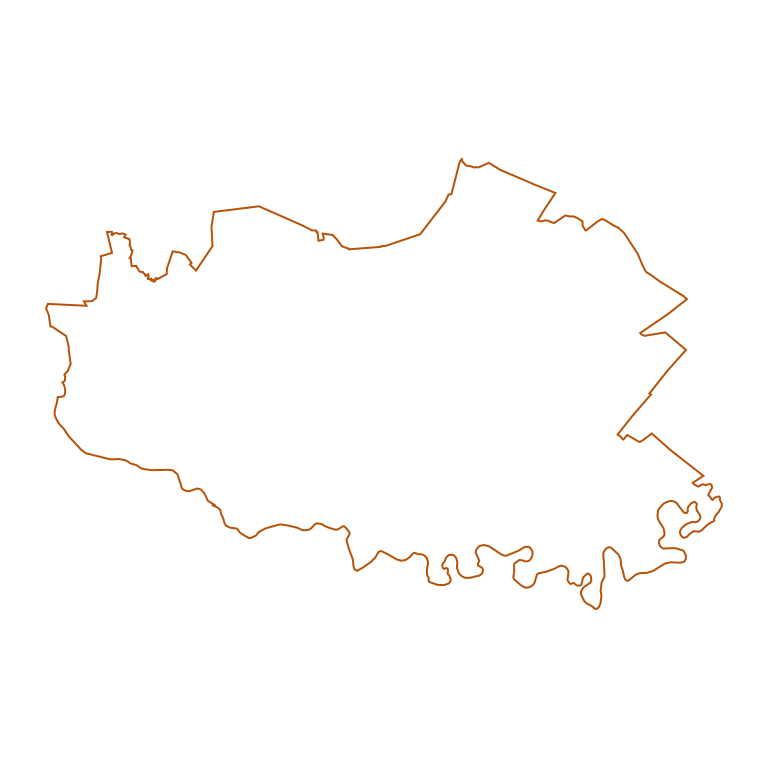 the district of Puchenii Mari, Prahova, Romania
{"feature_id": "2599482B6135961809734", "entity_name": "Puchenii Mari", "entity_type": "district", "adm_level": 2, "iso_a3": "ROU", "parent_name": "Romania", "parent_adm1": "Prahova", "projection": "orthographic", "projection_center": [26.095, 44.824], "detail": "fine", "context": "isolated", "style": "outline", "palette": "amber", "viewbox_px": 768, "rotation_deg": 0, "n_neighbors": 0, "source": "geoboundaries", "source_scale": "gbopen_adm2", "svg_char_len": 6088}
<svg xmlns="http://www.w3.org/2000/svg" viewBox="0 0 768 768"><path d="M596.6,608.9L598.9,607.1L600.6,602.9L601.4,595.0L600.6,591.2L601.6,582.5L604.5,576.5L603.8,560.1L603.3,556.7L603.4,552.8L605.2,549.6L607.1,547.9L608.8,547.3L610.9,547.5L618.3,554.4L620.6,558.9L621.2,565.9L622.7,570.4L624.2,577.1L625.4,579.6L627.2,580.9L628.4,580.6L636.1,574.4L639.9,573.1L646.7,572.9L652.9,571.0L664.9,563.6L670.7,562.3L680.2,562.7L683.6,562.0L684.5,561.4L685.8,559.0L686.0,555.8L683.9,551.2L682.7,550.4L676.2,548.4L672.9,548.1L663.2,548.6L660.5,546.6L659.4,544.6L659.0,542.6L659.2,540.2L659.9,539.3L663.4,536.6L664.2,535.3L664.6,533.4L663.5,528.1L659.2,521.5L657.8,518.3L657.5,515.2L657.8,512.6L658.1,510.8L659.5,508.1L663.6,503.7L665.8,502.5L669.9,500.9L672.9,501.2L674.5,501.6L676.7,503.1L683.0,511.6L684.7,512.9L686.8,512.9L687.7,511.6L687.8,507.4L691.2,503.2L694.7,501.8L696.9,503.9L696.2,506.9L696.7,510.1L699.6,514.6L700.4,516.7L700.1,518.6L698.2,521.3L695.0,522.3L692.3,521.9L689.1,523.0L685.4,524.8L681.6,528.2L679.8,531.9L680.4,534.3L681.1,535.6L682.4,537.1L683.8,537.9L687.1,536.7L689.4,534.1L693.6,531.2L699.1,531.7L701.8,530.1L706.6,525.5L710.4,522.8L714.1,521.0L714.3,518.0L716.3,514.6L718.7,512.0L721.7,506.6L721.9,503.8L720.3,500.9L719.8,499.0L720.0,497.8L719.3,496.6L716.6,496.8L714.1,498.2L712.5,500.0L711.5,499.2L709.8,496.4L708.4,495.5L708.4,494.7L712.1,487.7L711.4,484.6L709.3,483.9L705.6,485.2L702.8,484.2L698.0,486.6L693.9,484.2L692.7,482.9L703.4,475.8L703.1,475.6L670.2,449.9L651.8,433.5L642.0,440.8L639.4,442.0L627.2,435.0L623.4,439.5L621.8,438.4L620.8,436.7L617.6,434.6L632.0,416.4L650.9,394.5L649.4,393.5L667.4,370.8L686.0,349.9L665.2,332.4L644.7,335.8L642.0,334.9L640.2,333.0L667.5,314.4L686.9,299.2L683.9,296.4L659.7,281.4L652.5,276.0L646.3,272.1L645.2,270.6L642.0,264.0L637.8,253.9L624.2,233.1L617.9,227.4L613.9,225.7L604.9,220.0L601.8,219.0L597.1,221.8L586.6,230.1L585.5,230.4L582.6,225.8L582.5,221.4L576.9,217.8L573.5,216.4L570.3,216.5L565.3,215.5L554.1,223.1L547.2,220.5L545.1,220.3L541.5,221.5L537.7,220.5L544.2,209.8L555.4,193.0L535.7,185.1L500.1,169.8L488.8,162.8L478.5,167.5L477.0,167.1L474.4,167.5L470.8,166.3L466.0,165.5L461.4,160.4L462.2,159.8L461.9,159.1L460.5,160.5L459.1,164.1L451.4,194.3L449.3,194.3L448.4,194.9L445.4,201.5L420.2,234.2L386.0,245.8L381.2,246.2L380.6,246.9L348.9,249.3L348.9,248.8L342.0,246.3L336.6,239.1L332.5,234.9L322.7,233.6L323.6,237.4L323.6,239.7L318.5,240.8L317.6,232.3L316.6,232.3L316.4,230.6L312.1,230.4L302.1,225.3L258.9,206.3L213.8,211.9L211.5,227.0L212.5,246.2L196.0,270.5L189.9,264.5L191.5,262.9L185.7,254.9L180.1,252.6L172.7,251.4L167.0,268.3L166.7,274.1L157.3,279.2L157.1,278.3L155.5,278.3L154.9,281.3L154.1,281.7L152.7,281.2L152.9,279.9L151.1,280.4L151.0,278.7L148.6,279.2L147.8,278.9L147.6,278.5L148.8,276.2L148.2,274.2L145.8,276.0L145.3,275.6L144.9,274.0L143.2,272.9L142.9,272.1L139.5,271.6L136.2,265.9L131.6,266.2L130.7,257.7L129.8,257.8L131.6,254.1L132.5,250.4L131.2,250.0L130.4,246.5L129.5,245.1L130.1,243.2L129.5,239.2L124.1,237.3L125.6,234.6L122.5,233.4L119.1,234.1L117.5,233.3L115.1,233.0L112.2,235.1L111.5,234.6L112.3,232.9L111.9,231.8L107.0,232.0L112.0,252.9L100.6,256.3L101.2,258.7L99.7,273.2L97.7,283.5L97.3,290.3L96.2,298.0L91.6,301.2L84.0,301.4L86.5,305.8L47.9,303.9L46.1,308.6L48.8,314.9L50.4,326.5L52.3,326.8L66.1,336.0L68.8,347.2L68.8,350.7L70.6,363.3L70.5,364.3L67.7,371.0L64.4,374.6L65.2,376.8L64.9,380.4L64.0,381.5L62.4,382.5L64.0,384.9L65.2,389.4L65.0,393.7L64.0,395.9L62.1,396.7L57.7,397.1L57.2,401.4L54.8,410.3L54.6,413.6L54.8,415.3L56.2,418.8L58.6,423.2L64.0,429.1L69.0,436.6L81.4,450.0L85.9,453.3L108.8,459.0L112.2,459.4L119.0,459.0L124.7,460.1L127.9,461.5L130.1,463.3L136.5,465.2L141.1,468.3L144.0,469.1L151.7,470.2L168.7,469.8L172.7,470.3L177.6,474.4L179.9,482.0L180.4,482.7L181.3,486.7L182.6,489.2L186.0,490.9L189.7,491.1L197.4,488.5L201.0,489.6L204.5,493.5L207.9,500.8L214.3,504.8L213.1,505.4L217.7,507.6L220.2,509.9L221.3,514.5L223.4,518.9L224.5,523.2L225.9,525.7L230.3,527.7L236.5,528.5L237.5,529.1L239.6,532.2L241.3,533.6L248.5,537.9L250.4,538.1L255.9,535.6L258.7,532.1L265.5,528.4L278.6,524.7L281.4,524.5L287.3,525.4L297.8,527.9L302.4,530.2L307.3,530.1L308.9,529.6L311.1,528.4L314.5,524.6L316.0,523.6L317.7,523.4L321.7,524.0L323.7,525.5L328.5,527.6L335.0,529.6L338.0,529.4L342.8,526.3L344.7,526.6L349.3,532.0L349.6,534.2L346.7,539.3L346.7,541.0L349.0,549.2L352.9,559.5L353.4,565.8L354.0,568.0L355.0,569.7L357.1,570.8L363.1,567.5L370.9,561.9L375.1,557.8L378.5,552.1L380.3,551.1L381.6,551.2L388.5,554.6L396.6,559.4L401.5,560.7L405.5,560.0L406.9,559.2L409.5,557.3L413.2,553.3L415.0,552.8L418.1,554.3L420.7,554.2L423.6,555.0L425.1,556.1L426.7,558.1L427.9,561.4L428.0,563.0L426.9,570.0L427.1,575.1L428.6,577.7L428.7,580.9L429.4,582.0L437.8,584.9L444.1,585.1L448.9,583.4L450.4,581.3L450.7,579.7L449.6,576.1L447.6,573.7L448.0,569.7L447.6,568.5L445.9,568.0L444.8,568.8L443.8,568.8L442.9,567.9L442.3,566.2L442.6,563.8L444.3,562.1L446.2,557.5L448.7,555.1L452.1,554.6L454.2,555.6L456.1,557.8L457.3,562.0L456.9,567.7L458.7,573.0L460.0,574.5L461.6,576.1L465.1,577.8L469.9,577.8L479.6,575.5L482.3,573.3L482.9,571.5L483.0,569.6L481.9,567.6L478.1,565.5L477.8,564.1L479.0,561.3L479.1,560.4L475.7,552.5L476.2,549.9L478.2,547.0L479.7,545.9L483.9,545.0L488.9,546.2L501.1,554.3L504.8,555.8L506.5,555.7L518.5,550.7L524.9,546.8L528.6,546.9L530.1,547.8L532.3,551.0L532.6,552.6L532.3,556.0L530.3,559.7L528.7,560.8L526.9,561.4L524.4,561.3L522.5,560.3L519.3,560.0L514.7,563.3L514.0,564.6L514.3,571.1L513.3,576.8L513.6,578.3L514.7,579.9L520.3,584.7L524.1,587.2L526.5,587.7L529.5,587.1L531.9,585.9L533.7,584.1L534.6,582.6L536.9,574.6L538.3,573.4L546.3,571.7L554.1,568.9L558.3,566.6L560.7,565.8L562.6,565.9L565.2,566.8L567.1,568.6L568.3,571.0L568.5,572.5L567.5,579.9L568.7,582.4L570.6,584.0L573.3,583.0L574.1,583.2L576.5,585.3L579.0,585.7L581.2,585.0L583.2,577.5L586.5,574.1L588.2,573.5L589.3,574.0L590.4,575.4L591.1,577.5L591.3,580.7L590.4,582.6L584.0,587.0L582.9,588.3L581.2,591.1L580.9,592.7L581.1,594.5L584.4,601.4L586.8,603.5L591.6,606.0L594.9,608.8L596.6,608.9Z" fill="none" stroke="#b45309" stroke-width="2"/></svg>